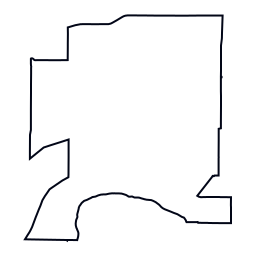 the district of Claremont, Western Australia, Australia
{"feature_id": "25037944B95117000304737", "entity_name": "Claremont", "entity_type": "district", "adm_level": 2, "iso_a3": "AUS", "parent_name": "Australia", "parent_adm1": "Western Australia", "projection": "mercator", "projection_center": [115.779, -31.981], "detail": "fine", "context": "isolated", "style": "outline", "palette": "ink", "viewbox_px": 256, "rotation_deg": 0, "n_neighbors": 0, "source": "geoboundaries", "source_scale": "gbopen_adm2", "svg_char_len": 3814}
<svg xmlns="http://www.w3.org/2000/svg" viewBox="0 0 256 256"><path d="M186.5,222.1L196.9,222.1L197.7,222.0L198.1,222.8L199.0,222.8L205.3,222.9L206.9,222.9L207.8,222.9L208.6,223.0L218.6,223.1L219.3,223.1L220.2,223.1L231.0,223.1L231.0,217.8L231.0,207.3L230.9,205.1L231.0,197.2L220.2,197.1L219.4,197.0L208.7,197.0L207.7,197.0L202.7,197.1L200.9,197.2L198.8,196.7L197.3,195.8L211.7,177.4L212.7,175.9L212.8,175.9L212.9,176.0L213.0,176.1L213.3,176.2L213.6,176.2L213.9,176.1L214.0,176.1L214.3,175.9L214.4,175.7L214.5,175.5L218.6,175.5L218.6,173.0L218.6,158.0L218.7,157.1L218.6,156.4L218.7,139.7L218.7,138.6L218.7,133.6L218.7,133.0L218.7,128.8L220.9,128.3L220.9,122.5L220.9,121.8L221.0,106.1L221.0,101.3L221.0,97.6L221.0,95.8L220.9,91.2L220.9,77.9L221.0,77.9L221.3,77.7L221.5,77.6L221.6,77.4L221.6,77.2L221.6,76.8L221.5,76.6L221.4,76.5L221.2,76.4L220.9,76.3L221.0,71.0L221.0,70.3L221.0,62.5L221.0,59.6L221.0,59.1L221.0,45.5L221.8,39.1L221.9,38.0L222.0,33.1L222.3,24.3L222.6,15.5L216.5,15.5L204.4,15.5L198.6,15.5L195.0,15.6L192.3,15.6L181.1,15.7L171.9,15.6L159.4,15.6L157.1,15.6L147.0,15.5L131.7,15.4L129.6,15.4L127.6,15.4L125.3,15.7L123.5,16.3L121.7,17.3L116.9,20.2L112.5,22.7L110.7,23.6L108.6,24.1L106.7,24.1L106.1,24.1L95.6,24.2L93.1,24.2L86.8,24.1L85.3,24.1L80.5,24.2L76.4,25.0L75.3,25.2L73.6,25.7L68.9,27.1L67.8,27.4L67.9,34.0L67.8,43.4L67.8,47.1L67.7,60.1L57.9,60.2L53.7,60.2L37.6,60.1L35.6,60.2L34.6,60.1L34.2,59.9L34.0,59.7L33.8,59.4L33.5,59.1L33.1,58.8L32.6,58.5L32.0,58.3L31.7,58.3L31.4,58.4L31.0,58.5L30.9,58.7L30.9,59.8L30.9,61.4L30.9,63.8L31.0,65.2L31.0,65.7L31.2,66.2L31.1,68.0L31.1,73.5L31.0,84.3L31.0,89.6L31.0,92.7L30.9,109.9L30.9,119.8L30.9,123.2L30.9,130.0L30.0,134.8L29.9,151.2L29.9,158.7L35.8,153.9L42.1,148.8L43.7,147.5L47.7,146.2L50.7,145.2L59.9,142.3L68.6,139.5L68.6,156.9L68.5,174.4L68.4,177.2L62.4,180.5L52.0,187.6L50.7,188.5L49.5,189.4L47.2,192.8L44.9,196.1L42.4,200.3L40.4,205.8L38.8,209.5L36.4,215.6L35.9,216.8L32.1,227.0L30.6,230.1L29.4,232.3L27.4,235.4L25.0,239.3L29.0,239.4L41.5,239.6L66.4,240.0L67.2,240.6L67.4,240.0L69.5,240.0L70.9,240.0L77.2,240.1L77.4,239.1L77.6,238.7L78.2,236.3L78.2,236.0L78.3,235.5L78.3,235.1L78.4,234.3L78.4,233.9L78.4,233.5L78.4,233.1L78.1,231.8L77.3,229.9L77.1,229.5L77.0,229.0L76.4,227.8L75.8,225.5L75.8,224.9L75.7,224.0L75.7,223.4L75.8,222.9L75.8,222.5L76.0,221.1L76.1,220.8L76.1,220.4L76.2,220.0L76.4,219.5L76.6,219.0L76.8,218.6L77.0,218.1L77.2,217.7L77.4,217.0L77.4,216.6L77.2,215.0L77.2,214.6L77.3,214.0L78.4,209.9L78.5,209.4L78.6,209.0L78.7,208.6L78.8,207.7L78.9,207.4L79.5,206.1L79.7,205.7L80.1,205.3L81.0,204.0L81.3,203.5L81.8,202.9L82.1,202.6L84.1,200.9L84.6,200.7L86.3,200.1L86.9,199.9L87.5,199.6L88.0,199.4L88.4,199.1L90.2,198.3L90.4,198.2L91.6,197.6L92.0,197.3L92.3,197.1L92.6,197.0L93.1,197.0L93.5,196.9L94.0,196.8L94.9,196.7L95.7,196.5L98.2,195.4L101.0,194.6L102.7,194.5L103.0,194.4L103.7,194.4L104.2,194.4L104.6,194.4L105.0,194.4L105.6,194.4L105.9,194.3L106.3,194.3L108.5,193.8L109.1,193.7L109.5,193.6L112.3,193.3L112.8,193.3L113.7,193.4L114.2,193.3L115.4,193.4L115.7,193.4L116.8,193.4L117.2,193.4L117.8,193.4L118.9,193.4L120.2,193.5L120.8,193.5L121.6,193.6L123.7,194.2L124.2,194.4L124.6,194.5L126.1,195.0L126.4,195.2L127.1,195.6L127.4,195.8L127.8,196.0L128.4,196.5L129.2,196.7L129.6,196.7L130.0,196.7L130.8,196.6L131.2,196.5L131.6,196.5L132.1,196.5L132.4,196.6L132.8,196.8L134.2,197.4L134.6,197.5L135.0,197.5L135.4,197.5L137.9,197.5L139.4,197.7L141.5,198.4L143.8,199.0L144.2,199.2L144.4,199.2L144.8,199.3L145.1,199.4L145.4,199.4L146.1,199.6L146.6,199.7L151.2,200.1L153.0,200.8L155.6,202.1L157.2,203.3L158.7,204.4L159.5,205.1L160.7,206.4L160.8,206.6L162.6,208.1L164.6,209.2L170.2,211.4L173.8,212.9L177.4,214.2L181.9,216.9L183.9,217.6L184.5,218.3L185.8,220.3L185.9,220.6L186.2,221.6L186.5,222.1Z" fill="none" stroke="#020617" stroke-width="2"/></svg>